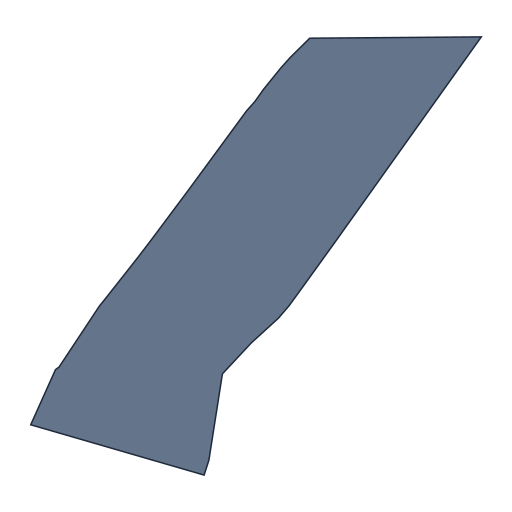 Dar Naim, Nouakchott, Mauritania
{"feature_id": "47542326B20684442825570", "entity_name": "Dar Naim", "entity_type": "district", "adm_level": 2, "iso_a3": "MRT", "parent_name": "Mauritania", "parent_adm1": "Nouakchott", "projection": "albers", "projection_center": [-15.933, 18.106], "detail": "fine", "context": "isolated", "style": "filled", "palette": "slate", "viewbox_px": 512, "rotation_deg": 0, "n_neighbors": 0, "source": "geoboundaries", "source_scale": "gbopen_adm2", "svg_char_len": 411}
<svg xmlns="http://www.w3.org/2000/svg" viewBox="0 0 512 512"><path d="M204.1,475.1L208.9,460.2L222.4,373.9L251.3,342.9L278.5,318.1L289.1,305.7L300.9,289.5L336.2,240.5L481.3,36.9L309.7,38.2L290.2,57.5L280.8,68.0L263.7,89.1L254.9,101.5L246.6,110.8L188.8,189.6L149.9,241.7L137.5,257.9L103.3,301.3L99.7,305.6L59.0,367.1L55.5,369.6L30.7,424.8L204.1,475.1Z" fill="#64748b" stroke="#1e293b" stroke-width="1.5"/></svg>